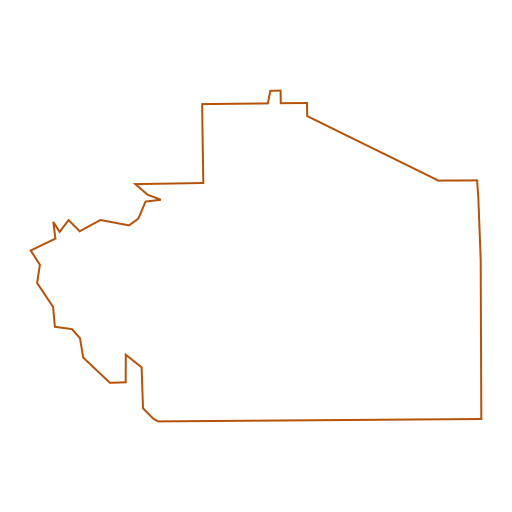 Macon, Alabama, United States of America
{"feature_id": "52423323B34144827866245", "entity_name": "Macon", "entity_type": "district", "adm_level": 2, "iso_a3": "USA", "parent_name": "United States of America", "parent_adm1": "Alabama", "projection": "robinson", "projection_center": [-85.83, 32.414], "detail": "fine", "context": "isolated", "style": "outline", "palette": "amber", "viewbox_px": 512, "rotation_deg": 0, "n_neighbors": 0, "source": "geoboundaries", "source_scale": "gbopen_adm2", "svg_char_len": 616}
<svg xmlns="http://www.w3.org/2000/svg" viewBox="0 0 512 512"><path d="M135.3,184.1L147.4,194.6L160.9,199.8L145.6,201.5L138.3,218.7L129.0,225.4L100.4,220.0L79.7,231.3L68.6,220.1L59.6,231.9L53.3,221.9L55.4,238.6L30.7,250.5L39.9,264.8L37.1,283.0L53.1,306.9L54.9,326.8L71.9,329.1L80.0,338.2L83.2,357.6L109.9,382.8L125.7,382.3L125.8,354.8L141.6,367.3L143.0,408.3L153.3,418.7L158.1,421.4L481.3,419.0L480.7,259.7L478.3,197.2L477.1,180.4L438.4,180.6L307.2,116.1L307.0,103.0L280.8,103.2L280.6,90.6L270.4,90.8L267.8,103.4L202.2,104.1L202.4,124.3L203.3,183.0L135.3,184.1Z" fill="none" stroke="#b45309" stroke-width="2"/></svg>